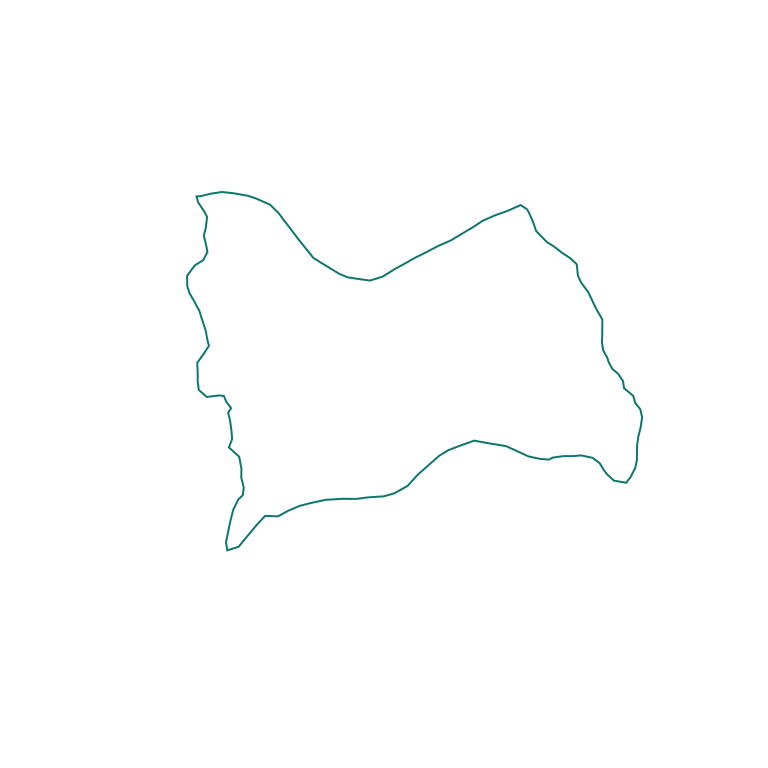 outline of Zaqatala District, Zaqatala, Azerbaijan, rotated 212°
{"feature_id": "54616110B4759617374649", "entity_name": "Zaqatala District", "entity_type": "district", "adm_level": 2, "iso_a3": "AZE", "parent_name": "Azerbaijan", "parent_adm1": "Zaqatala", "projection": "mercator", "projection_center": [46.691, 41.618], "detail": "fine", "context": "isolated", "style": "outline", "palette": "teal", "viewbox_px": 768, "rotation_deg": 212, "n_neighbors": 0, "source": "geoboundaries", "source_scale": "gbopen_adm2", "svg_char_len": 1966}
<svg xmlns="http://www.w3.org/2000/svg" viewBox="0 0 768 768"><g transform="rotate(212 384 384)"><path d="M642.4,443.7L637.8,439.5L628.2,435.2L622.6,432.0L617.9,422.1L615.4,414.3L608.4,407.5L603.7,402.4L602.9,393.2L607.0,385.0L607.6,381.3L608.3,371.4L602.7,362.7L597.1,358.0L588.9,353.6L579.4,348.2L570.8,340.9L563.3,334.6L558.1,328.8L552.7,323.6L552.9,314.1L553.6,302.9L548.0,294.9L543.0,286.9L537.9,280.8L527.5,279.1L517.8,286.9L513.5,289.0L508.4,285.4L500.8,282.5L501.0,277.1L495.4,271.7L488.6,263.5L483.6,256.8L481.9,248.0L468.3,245.6L459.9,236.5L455.6,229.2L447.9,221.6L444.8,214.7L446.4,208.9L445.2,197.4L441.5,185.9L434.1,166.0L428.7,159.9L428.1,160.6L421.0,169.0L419.6,180.1L417.3,196.7L414.9,209.2L403.8,215.6L398.1,225.7L391.0,235.9L383.3,244.0L372.2,254.8L358.4,264.6L346.0,272.3L337.9,279.1L324.8,288.5L317.4,296.6L310.0,310.1L307.3,325.0L303.2,338.8L299.2,352.3L294.4,361.9L287.3,371.4L283.2,376.5L277.6,383.7L262.1,389.9L259.1,391.2L247.6,396.0L222.9,399.2L211.7,403.3L204.2,407.2L202.0,410.9L193.8,417.8L186.1,422.6L178.8,428.0L168.0,431.9L159.4,431.2L150.5,426.9L146.9,425.6L137.8,423.9L126.2,428.6L125.6,436.0L126.4,445.5L128.8,452.6L132.2,458.5L137.0,466.4L140.4,474.0L143.4,483.3L147.5,492.6L153.3,498.4L161.1,501.2L166.3,506.0L178.3,507.7L182.8,513.1L191.0,516.8L198.1,517.7L204.6,521.3L208.9,524.8L216.0,528.7L221.4,535.0L224.0,539.7L233.0,554.4L244.8,560.7L259.5,570.2L270.7,574.5L277.1,578.8L284.0,587.7L292.4,589.4L302.8,589.6L312.9,590.7L321.3,590.7L336.1,594.4L344.1,600.9L352.5,606.5L355.5,608.0L363.0,608.1L371.4,595.7L379.0,586.2L386.7,574.9L392.3,562.8L397.7,552.5L403.5,541.0L411.5,529.3L417.9,518.3L424.2,508.2L430.2,497.1L435.8,487.2L442.0,474.4L450.7,464.3L457.3,461.3L471.3,455.2L480.6,453.7L502.5,453.5L510.7,453.5L523.6,458.0L533.1,461.3L547.1,466.7L555.9,469.9L563.3,472.9L575.7,475.7L590.4,473.6L598.8,471.6L612.3,466.2L623.4,460.8L631.3,454.0L639.1,446.1L642.4,443.7Z" fill="none" stroke="#0f766e" stroke-width="2"/></g></svg>